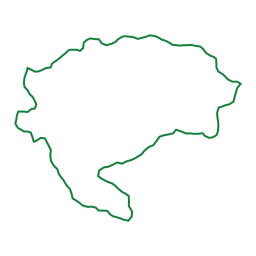 the district of Serrania, Minas Gerais, Brazil
{"feature_id": "56859067B74246895734471", "entity_name": "Serrania", "entity_type": "district", "adm_level": 2, "iso_a3": "BRA", "parent_name": "Brazil", "parent_adm1": "Minas Gerais", "projection": "albers", "projection_center": [-46.094, -21.571], "detail": "fine", "context": "isolated", "style": "outline", "palette": "green", "viewbox_px": 256, "rotation_deg": 0, "n_neighbors": 0, "source": "geoboundaries", "source_scale": "gbopen_adm2", "svg_char_len": 2116}
<svg xmlns="http://www.w3.org/2000/svg" viewBox="0 0 256 256"><path d="M69.2,49.8L65.3,53.4L61.8,56.2L58.6,59.0L55.5,61.2L52.3,63.3L50.5,67.5L46.1,68.0L42.1,70.0L37.9,71.6L34.7,71.6L31.4,69.7L27.6,68.0L26.4,72.5L24.5,77.6L23.9,82.8L24.6,87.1L27.6,90.3L29.7,94.2L32.7,97.0L34.3,100.0L36.4,104.5L34.8,108.5L31.4,109.0L27.6,112.0L23.0,111.5L18.2,111.7L16.9,115.6L16.3,119.7L15.4,123.7L17.9,127.9L20.8,129.5L23.8,131.5L27.6,131.5L30.7,132.5L32.4,136.8L33.8,141.7L37.3,140.2L40.6,137.9L45.0,138.4L47.0,142.4L48.6,145.4L50.9,150.1L50.3,155.3L51.0,160.9L53.7,165.6L57.3,169.1L58.9,174.0L61.1,177.3L63.4,179.9L65.0,182.8L66.7,185.5L70.0,189.2L71.4,193.2L72.7,198.4L76.2,200.6L79.2,202.7L82.9,205.6L87.8,206.9L91.8,206.6L95.8,207.6L98.6,210.5L102.1,210.6L107.2,210.8L110.2,214.4L113.3,216.4L117.0,217.3L120.2,218.3L123.7,219.7L128.3,220.7L131.7,216.6L132.2,211.8L130.6,208.9L128.8,206.0L129.0,201.5L128.7,195.9L125.8,193.8L122.5,192.2L118.4,188.9L115.2,185.7L112.3,183.5L109.0,182.4L106.0,181.0L102.6,179.3L98.1,176.1L99.1,170.6L103.8,167.4L108.1,166.8L112.6,164.9L117.2,162.5L122.0,163.7L126.6,161.3L131.3,160.0L135.0,158.3L137.7,156.7L141.4,154.4L144.8,150.3L149.1,146.9L153.4,145.1L156.6,140.9L159.4,136.8L164.0,135.2L169.1,134.3L173.1,133.4L176.1,129.7L181.2,131.5L186.0,133.4L190.7,133.4L194.4,133.9L199.1,133.7L202.5,133.2L204.9,135.9L209.2,137.9L213.1,137.2L216.6,135.0L218.0,130.9L218.4,124.8L218.1,121.2L217.4,117.3L217.1,112.7L218.7,107.6L222.6,106.4L225.5,105.2L229.3,104.3L233.5,101.6L234.8,96.4L235.7,93.1L237.1,88.3L240.6,83.8L237.3,81.7L232.6,81.7L228.3,79.7L225.1,76.5L222.6,74.1L218.4,71.6L216.4,67.4L216.4,62.8L216.1,59.0L213.8,56.9L210.1,55.6L205.8,52.7L203.1,49.0L200.1,46.5L195.7,45.9L191.8,45.0L187.5,45.2L183.8,45.2L179.8,45.6L176.0,45.2L172.1,44.7L169.2,42.6L165.3,40.7L161.8,39.6L158.6,37.7L154.6,36.0L149.9,35.3L145.4,36.9L142.1,37.8L137.9,38.9L132.9,37.0L127.7,36.5L123.7,36.2L120.8,37.5L117.8,39.4L115.6,41.8L111.4,43.9L106.2,45.2L101.6,43.2L98.9,39.3L94.9,39.1L90.1,38.4L86.8,40.0L83.7,42.6L83.2,48.0L79.9,50.9L76.5,49.7L72.7,49.8L69.2,49.8Z" fill="none" stroke="#15803d" stroke-width="2"/></svg>